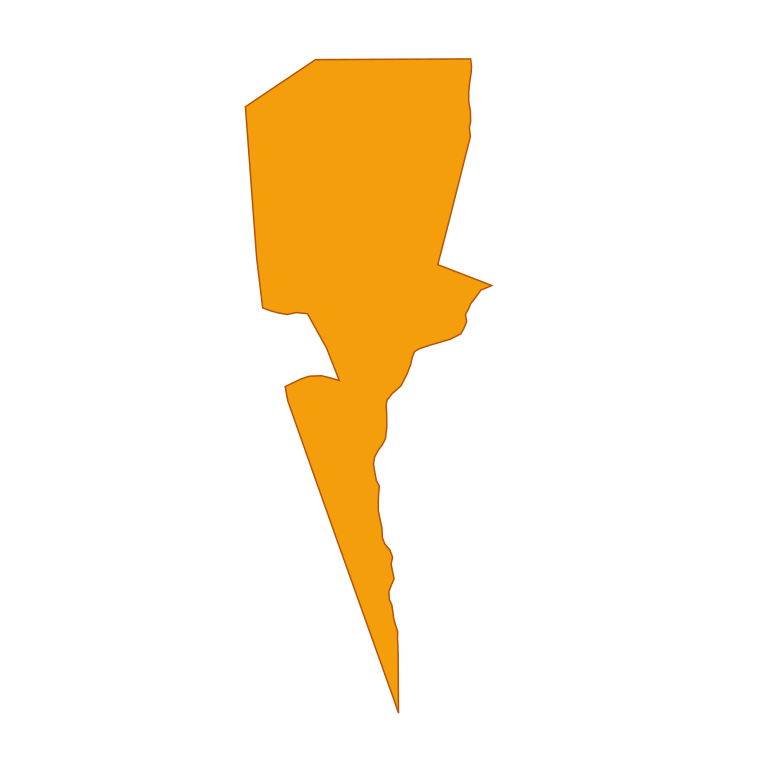 the district of Itaiçaba, Ceará, Brazil, rotated 85°
{"feature_id": "56859067B36389495737376", "entity_name": "Itaiçaba", "entity_type": "district", "adm_level": 2, "iso_a3": "BRA", "parent_name": "Brazil", "parent_adm1": "Ceará", "projection": "natural_earth1", "projection_center": [-37.787, -4.712], "detail": "fine", "context": "isolated", "style": "filled", "palette": "amber", "viewbox_px": 768, "rotation_deg": 85, "n_neighbors": 0, "source": "geoboundaries", "source_scale": "gbopen_adm2", "svg_char_len": 1251}
<svg xmlns="http://www.w3.org/2000/svg" viewBox="0 0 768 768"><g transform="rotate(85 384 384)"><path d="M67.7,269.4L54.9,424.0L66.2,444.4L75.1,460.6L91.4,490.1L95.7,497.9L247.2,499.9L297.6,498.2L301.1,490.9L304.1,482.8L306.3,474.3L305.2,465.1L307.3,454.1L343.2,438.1L376.7,428.2L372.8,438.1L370.3,445.8L369.7,457.7L371.7,466.2L374.8,474.3L377.9,482.7L392.5,481.3L527.4,446.5L696.3,402.4L713.1,398.2L699.9,397.2L657.4,393.7L646.2,393.0L638.0,392.7L632.0,391.9L625.8,393.4L618.0,394.8L611.5,395.0L604.6,395.5L599.1,397.5L591.1,397.2L584.8,394.1L578.8,390.9L570.8,391.9L563.9,392.6L557.5,390.5L549.9,392.6L543.5,397.1L537.1,399.0L526.8,398.6L518.9,399.7L509.4,400.7L501.5,400.0L492.7,398.9L485.4,397.5L479.7,400.0L472.4,400.7L462.9,401.5L455.7,399.6L449.6,395.5L444.1,390.8L438.8,387.4L426.8,384.9L411.6,383.8L405.8,383.8L400.4,382.4L394.4,376.8L387.3,367.2L376.1,360.2L366.9,355.7L359.7,353.5L354.2,350.5L351.5,344.4L349.4,335.0L345.1,313.9L340.8,303.2L335.8,299.7L329.0,296.2L322.0,296.8L316.5,293.3L311.4,290.5L305.0,284.5L298.9,279.3L295.3,268.1L269.8,320.0L229.6,305.8L145.1,276.4L135.8,276.6L130.2,274.8L119.3,274.1L110.8,275.0L99.9,274.1L90.8,272.3L81.7,270.1L75.3,269.1L67.7,269.4Z" fill="#f59e0b" stroke="#b45309" stroke-width="1.5"/></g></svg>